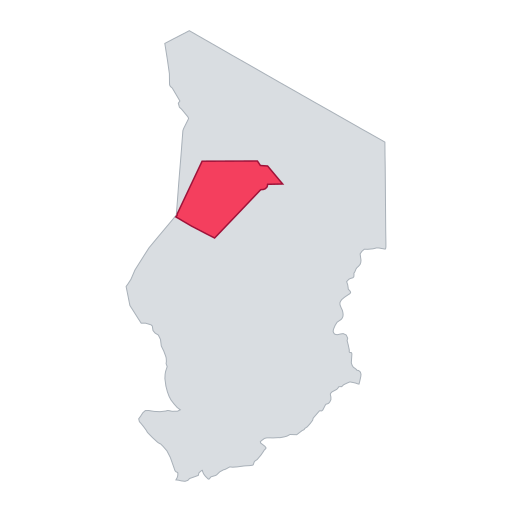 location of Borkou Yala, Borkou, Chad
{"feature_id": "50815135B13621547433724", "entity_name": "Borkou Yala", "entity_type": "district", "adm_level": 2, "iso_a3": "TCD", "parent_name": "Chad", "parent_adm1": "Borkou", "projection": "robinson", "projection_center": [17.629, 17.462], "detail": "fine", "context": "in_parent", "style": "filled", "palette": "rose", "viewbox_px": 512, "rotation_deg": 0, "n_neighbors": 0, "source": "geoboundaries", "source_scale": "gbopen_adm2", "svg_char_len": 3978}
<svg xmlns="http://www.w3.org/2000/svg" viewBox="0 0 512 512"><path d="M384.9,142.1L385.0,154.7L385.2,167.3L385.3,179.9L385.4,192.5L385.5,205.0L385.6,217.6L385.7,230.2L385.9,242.8L385.9,247.0L385.6,248.6L385.5,248.9L385.0,249.1L379.1,248.0L376.6,247.9L373.0,248.8L367.7,249.3L364.3,249.2L361.9,251.3L360.1,253.9L361.0,260.2L360.8,262.3L360.1,264.4L358.5,266.3L356.9,267.7L356.0,269.0L354.8,271.9L353.9,273.2L354.0,274.9L353.8,276.8L352.8,277.8L350.3,278.5L348.8,279.3L347.5,280.7L346.6,281.7L347.1,283.0L347.7,284.8L348.1,287.5L348.3,289.2L349.6,290.5L350.3,291.5L350.6,292.6L349.9,293.6L346.9,295.6L345.7,296.4L344.3,297.4L343.8,297.8L341.6,299.7L340.5,301.4L339.9,302.8L340.0,304.8L341.1,307.7L342.3,310.2L342.8,312.1L343.1,314.2L343.0,316.1L342.4,317.8L341.3,319.3L337.1,322.2L335.1,325.4L333.5,329.2L333.1,331.3L333.6,332.7L334.4,333.9L335.7,334.5L337.5,334.7L340.4,334.0L343.2,333.6L346.2,335.0L347.7,338.2L347.1,340.6L348.2,344.8L349.3,350.0L349.2,351.7L349.6,352.4L351.5,352.7L351.9,353.9L351.3,362.9L352.2,365.5L353.4,367.3L354.8,368.2L356.3,369.4L357.0,370.3L358.6,370.5L360.4,372.1L361.0,374.3L360.8,376.4L359.8,381.0L359.0,384.1L357.9,383.9L355.7,383.1L353.1,382.5L349.9,381.9L346.8,383.2L343.5,384.8L342.4,386.0L341.5,386.7L340.1,386.6L338.7,386.8L338.0,388.0L336.8,389.3L332.0,391.9L331.0,392.9L330.4,393.8L330.4,394.9L330.9,397.0L330.9,399.7L329.8,401.9L328.6,403.3L327.2,403.9L326.0,404.2L325.3,405.1L322.8,410.0L321.7,410.9L319.5,410.8L313.2,418.1L312.6,420.3L310.3,423.4L307.3,426.8L304.7,428.5L304.5,429.1L303.8,429.8L302.2,430.5L296.7,434.7L290.0,434.5L287.0,436.1L284.1,436.9L279.9,437.7L278.7,437.6L273.3,437.9L267.0,437.8L264.5,438.4L262.3,440.0L260.6,441.4L260.3,441.8L260.6,442.4L260.5,442.9L264.9,446.3L266.1,448.0L264.9,449.6L264.4,449.8L263.6,451.2L261.0,455.0L257.1,459.6L255.1,460.9L254.3,461.7L253.2,464.8L252.5,465.2L249.8,465.6L244.5,465.9L237.0,466.9L232.6,467.2L229.8,466.9L225.9,469.0L224.5,469.6L223.7,469.7L219.8,471.8L216.6,474.9L215.5,475.5L211.0,476.8L209.2,479.0L208.3,479.1L205.4,476.3L203.5,473.7L202.5,471.1L202.4,470.3L201.8,470.4L200.3,471.6L198.9,472.9L198.3,475.4L193.6,477.1L189.6,478.5L187.8,480.4L185.0,481.3L181.4,480.9L178.6,480.2L175.9,479.9L177.2,477.6L177.7,475.9L177.9,473.9L177.7,472.5L176.0,471.8L175.0,470.7L172.7,464.1L170.3,457.4L166.9,450.8L163.2,446.5L160.6,443.9L159.7,443.6L158.4,442.8L157.4,442.1L152.5,437.6L147.5,432.5L146.2,430.2L143.7,426.8L140.9,423.3L139.4,421.7L138.7,418.8L140.7,416.1L142.8,412.8L145.3,410.6L148.6,410.5L154.1,411.4L160.0,411.7L165.9,411.0L167.4,410.5L168.9,410.6L172.0,411.3L177.5,411.2L180.3,409.8L177.3,407.6L174.0,403.9L171.0,400.0L169.1,396.4L167.4,391.8L165.9,386.0L164.9,378.6L165.1,374.4L165.6,371.4L167.2,366.6L166.1,363.7L166.4,361.4L166.2,358.0L165.7,356.2L163.6,350.6L163.2,349.9L161.3,346.0L160.5,339.5L158.4,335.1L155.0,333.0L153.0,330.5L152.3,326.0L151.0,324.8L145.6,323.2L141.2,323.2L137.9,318.1L133.8,311.6L129.9,305.5L127.5,293.4L126.1,286.5L127.7,284.3L130.9,279.4L135.0,269.9L144.2,255.3L149.0,247.8L158.3,236.6L169.8,222.9L176.3,215.1L177.4,201.0L178.5,186.1L179.4,174.8L180.5,161.5L181.4,150.3L182.0,142.2L182.9,130.6L183.7,128.4L188.2,119.4L188.6,118.2L187.7,116.6L181.4,109.0L179.4,107.2L178.3,103.2L179.9,101.0L172.3,88.1L170.4,86.5L169.6,84.9L169.5,82.6L169.4,73.7L167.4,59.7L164.8,43.4L173.8,38.7L180.6,35.2L189.3,30.7L197.3,35.3L209.0,42.0L220.7,48.7L232.3,55.4L244.0,62.0L255.7,68.7L267.4,75.4L279.1,82.1L290.8,88.7L302.5,95.4L314.3,102.1L326.0,108.7L337.8,115.4L349.6,122.1L361.3,128.8L373.1,135.4L384.9,142.1Z" fill="#d9dde1" stroke="#a8b0b8" stroke-width="1"/><path d="M282.7,184.0L279.8,180.6L267.6,166.0L260.4,165.5L257.4,161.0L202.1,161.2L177.5,213.3L177.2,214.0L177.1,215.4L175.8,216.9L177.2,217.7L179.0,218.7L183.3,221.3L187.6,223.8L191.7,226.2L206.3,233.8L214.4,237.9L214.6,238.0L234.7,217.0L260.6,189.8L261.3,189.6L263.2,189.5L265.2,188.8L266.8,187.3L267.3,186.3L267.6,184.3L282.7,184.0Z" fill="#f43f5e" stroke="#9f1239" stroke-width="1.5"/></svg>